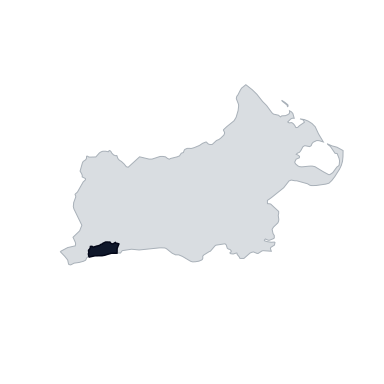 location of Kerki, Chardzhou, Turkmenistan, rotated 138°
{"feature_id": "10190150B1660542161476", "entity_name": "Kerki", "entity_type": "district", "adm_level": 2, "iso_a3": "TKM", "parent_name": "Turkmenistan", "parent_adm1": "Chardzhou", "projection": "mercator", "projection_center": [64.9, 38.442], "detail": "fine", "context": "in_parent", "style": "filled", "palette": "ink", "viewbox_px": 384, "rotation_deg": 138, "n_neighbors": 0, "source": "geoboundaries", "source_scale": "gbopen_adm2", "svg_char_len": 4537}
<svg xmlns="http://www.w3.org/2000/svg" viewBox="0 0 384 384"><g transform="rotate(138 192 192)"><path d="M121.0,133.8L136.8,134.7L141.6,135.3L143.6,133.0L143.5,132.5L142.8,132.0L141.6,130.4L140.6,119.6L141.9,118.1L143.5,117.0L145.8,113.6L147.0,112.5L148.8,111.6L154.9,111.4L157.4,110.7L159.6,106.9L160.0,104.6L161.6,102.8L162.6,102.8L166.7,104.3L167.6,105.1L168.9,108.0L170.5,107.8L170.7,107.3L170.5,106.7L169.4,104.9L166.8,101.7L164.3,99.7L164.1,99.0L166.2,97.4L170.5,98.1L171.6,97.5L172.7,94.9L178.4,100.8L179.5,101.4L184.0,102.1L184.8,102.9L186.4,106.3L187.9,107.2L189.8,107.8L197.9,107.9L200.4,110.2L200.8,110.7L200.3,112.3L200.2,115.3L199.5,116.5L199.9,117.0L202.8,118.3L204.5,120.2L204.7,121.1L204.2,121.6L202.8,121.3L202.2,122.2L202.2,123.8L203.1,125.2L203.4,126.6L202.0,129.7L202.0,131.0L202.5,131.7L209.7,136.4L210.9,136.6L217.9,135.7L219.2,136.2L225.3,137.3L227.0,137.1L228.2,135.6L229.3,135.0L230.3,135.0L233.2,136.0L236.3,138.0L238.4,139.8L239.4,141.5L242.2,150.5L244.0,154.3L246.2,156.2L247.7,159.7L249.0,167.4L249.9,168.9L253.2,172.0L270.1,184.3L275.2,189.9L283.1,195.1L286.0,194.5L292.2,200.2L296.1,202.3L301.2,205.7L311.8,213.3L314.1,213.6L316.7,212.5L318.9,213.1L322.9,215.1L327.2,218.0L330.9,219.0L331.9,220.3L332.0,221.0L329.9,224.6L329.6,229.3L329.8,235.6L328.8,235.7L321.6,233.9L314.8,230.1L313.2,231.3L312.4,232.6L310.7,238.0L301.5,238.3L296.1,241.0L291.1,258.4L290.0,260.5L287.0,263.3L281.7,266.1L280.9,267.2L280.7,268.3L280.1,268.6L277.2,268.6L266.1,272.3L263.6,272.3L262.7,272.6L262.2,273.3L263.5,276.7L262.5,277.7L261.8,279.4L261.2,282.4L253.9,287.0L252.4,287.5L249.5,287.1L247.9,287.6L246.4,289.1L245.7,288.6L245.3,287.1L244.5,286.2L240.0,282.4L234.7,283.0L232.8,282.7L231.2,282.1L228.8,280.0L227.3,277.9L225.7,278.2L225.2,277.2L225.2,276.1L225.6,274.7L225.5,272.1L224.6,270.2L223.5,269.4L224.7,266.4L224.7,264.2L224.0,261.8L223.7,258.2L223.9,254.8L222.9,253.1L207.4,253.2L201.9,245.2L199.7,243.2L192.0,239.8L189.9,238.0L188.2,235.9L187.7,233.2L186.9,231.5L185.6,231.3L179.6,228.1L177.2,227.2L174.0,228.0L172.0,227.1L169.7,228.3L168.7,228.4L166.3,227.6L163.2,224.7L160.7,223.5L155.3,221.6L151.6,221.1L148.3,219.9L147.9,219.5L147.8,217.0L147.4,216.0L146.4,214.8L145.1,213.8L139.4,213.9L136.8,213.0L134.7,212.8L130.2,213.0L128.7,213.7L127.9,214.5L127.3,216.9L126.9,217.2L122.5,217.3L113.1,216.8L109.2,218.0L103.2,221.7L99.7,224.8L98.7,226.2L96.6,231.7L95.7,232.5L94.5,233.2L93.3,233.3L87.8,235.4L85.7,236.0L80.2,235.7L78.8,227.6L78.4,221.1L79.0,212.1L78.7,206.3L79.6,197.4L79.3,195.3L76.4,191.3L76.0,188.6L74.3,188.5L71.5,186.2L68.7,185.3L67.3,185.2L66.1,185.9L65.2,187.2L64.5,185.1L64.5,182.9L66.7,178.4L68.1,179.7L69.8,180.2L74.0,180.0L73.6,178.4L71.4,176.8L71.0,174.8L71.1,172.7L71.7,170.6L71.1,169.8L70.1,169.3L67.8,169.4L61.8,168.6L61.1,171.0L62.8,174.1L60.0,170.6L58.2,166.9L57.0,162.6L56.8,158.0L59.1,150.5L60.9,141.3L63.2,145.1L64.9,146.8L68.7,147.9L70.4,147.7L72.4,146.7L74.2,147.0L77.2,151.0L79.3,151.4L83.6,149.9L85.7,149.6L87.5,150.3L89.3,150.3L88.5,148.4L88.2,146.6L89.3,145.6L92.7,146.7L95.4,145.6L95.9,145.1L96.2,143.5L95.8,140.4L95.2,139.0L93.6,137.2L87.5,132.7L85.4,130.9L83.7,128.6L80.9,119.3L78.8,113.4L78.0,112.7L74.4,112.2L67.7,113.6L65.3,113.3L64.2,113.9L61.5,116.4L60.2,118.6L58.4,123.5L59.8,125.0L58.7,133.3L59.3,136.7L59.1,137.0L57.1,132.6L54.3,128.3L52.0,121.7L56.1,117.3L59.5,114.2L63.2,111.9L67.0,110.3L75.6,107.9L80.4,107.0L84.3,106.9L87.2,108.3L95.3,113.7L98.8,116.7L99.8,118.0L100.7,120.9L106.6,130.2L108.0,131.5L110.3,134.5L112.5,135.3L121.0,133.8ZM64.2,199.0L64.0,200.2L63.0,196.6L62.4,192.6L63.1,191.5L63.9,191.6L63.2,193.0L64.2,199.0Z" fill="#d9dde1" stroke="#a8b0b8" stroke-width="1"/><path d="M287.5,197.9L285.6,200.0L283.8,201.0L281.1,202.3L281.1,202.5L281.9,203.8L282.6,204.5L282.7,205.4L282.7,205.8L285.3,206.3L285.8,206.6L286.7,208.0L286.6,208.9L286.5,209.7L287.9,211.0L289.6,212.6L290.9,213.0L291.9,213.3L292.4,213.5L292.5,213.5L293.3,213.3L294.4,213.9L294.9,214.0L296.4,214.2L296.7,214.3L298.4,215.2L298.8,215.5L300.2,216.1L301.3,216.6L301.9,216.7L301.9,216.8L302.6,217.9L302.7,218.6L303.0,218.8L303.4,219.1L303.9,219.5L304.1,219.4L304.6,218.9L304.9,218.6L305.1,218.5L305.7,218.3L305.8,218.2L306.2,218.1L307.7,218.0L308.2,217.6L308.4,217.3L308.5,217.1L308.9,216.6L309.2,216.2L309.3,216.0L309.6,215.7L309.8,215.5L310.4,215.4L310.9,214.6L311.2,214.1L311.3,213.9L311.6,213.5L311.9,212.4L306.9,209.6L303.9,207.0L301.4,204.8L299.0,203.3L296.3,202.1L293.9,200.9L292.9,200.4L288.7,196.7L287.5,197.9L287.5,197.9Z" fill="#0f172a" stroke="#020617" stroke-width="1.5"/></g></svg>